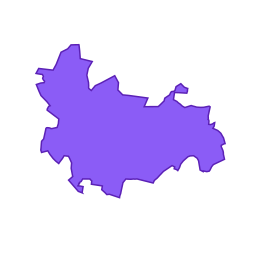 Bichi, Kano, Nigeria (orthographic projection), rotated 11°
{"feature_id": "59680162B73114171000075", "entity_name": "Bichi", "entity_type": "district", "adm_level": 2, "iso_a3": "NGA", "parent_name": "Nigeria", "parent_adm1": "Kano", "projection": "orthographic", "projection_center": [8.292, 12.285], "detail": "fine", "context": "isolated", "style": "filled", "palette": "violet", "viewbox_px": 256, "rotation_deg": 11, "n_neighbors": 0, "source": "geoboundaries", "source_scale": "gbopen_adm2", "svg_char_len": 2798}
<svg xmlns="http://www.w3.org/2000/svg" viewBox="0 0 256 256"><g transform="rotate(11 128 128)"><path d="M228.7,140.3L226.7,135.7L226.2,133.6L225.4,131.9L223.0,128.4L222.9,127.2L225.2,125.3L226.3,124.8L223.6,119.4L222.3,118.0L220.2,115.5L218.3,114.3L216.5,113.3L211.4,112.1L212.2,109.9L212.1,106.1L211.5,106.4L211.3,106.8L210.1,107.9L209.7,108.2L208.0,109.0L207.3,108.9L206.5,109.0L206.2,106.0L205.8,104.8L205.0,104.4L205.0,103.2L204.4,100.9L204.6,91.6L203.5,91.1L198.4,93.2L195.4,93.9L191.4,94.4L189.5,94.2L187.6,94.1L185.7,93.9L179.8,97.1L179.2,96.8L177.2,96.2L174.7,94.6L172.6,93.7L170.9,92.6L167.2,91.5L166.9,84.3L171.3,83.6L177.5,82.8L178.0,82.7L178.3,82.7L178.7,82.6L179.0,82.6L179.0,82.4L179.1,82.2L179.1,81.9L179.2,81.4L179.3,81.0L179.3,80.6L179.3,80.4L179.3,80.2L179.2,80.0L179.2,79.7L179.1,79.4L179.1,78.7L179.1,78.2L179.1,77.8L178.2,77.8L178.0,77.7L177.6,77.6L175.8,77.3L175.0,76.9L171.4,74.4L167.3,78.2L167.0,81.3L166.9,82.3L166.3,82.9L165.7,83.3L163.7,84.0L163.1,85.2L162.5,87.6L158.4,91.7L158.3,94.5L155.2,99.0L153.6,101.2L139.8,104.0L141.8,94.8L122.7,95.9L116.5,96.5L110.8,92.6L110.0,85.3L105.0,79.2L92.9,89.0L87.8,92.7L84.8,98.2L82.0,96.7L81.6,95.8L81.3,93.8L80.9,92.3L80.6,91.0L77.5,84.0L77.6,76.9L80.2,69.6L67.9,69.0L65.8,61.4L64.3,56.6L63.9,55.6L59.7,56.5L56.2,57.3L53.7,61.8L47.8,66.4L45.4,79.2L43.4,85.5L29.0,86.6L27.3,92.0L29.8,92.0L33.8,91.8L35.1,93.5L34.7,95.4L35.1,96.1L35.6,96.8L36.4,97.4L37.2,98.0L37.0,99.5L33.8,100.5L29.7,102.8L33.5,108.7L36.4,112.8L43.3,117.6L47.3,121.0L46.0,121.9L45.1,124.8L45.2,125.9L58.3,132.3L58.8,137.1L58.3,141.0L53.6,143.0L52.8,143.2L52.5,143.3L51.8,143.0L51.1,142.9L49.1,143.0L47.9,143.4L47.5,144.2L47.5,145.2L47.5,146.6L47.3,154.8L45.7,157.5L45.8,158.7L46.0,160.6L46.4,163.9L46.6,166.3L47.8,168.5L53.6,165.7L56.4,168.8L60.4,172.3L63.4,174.3L66.8,176.1L67.5,174.4L69.4,170.6L70.6,167.4L74.9,167.1L75.9,168.2L79.3,173.0L79.9,178.4L83.0,186.2L79.6,190.5L91.3,199.7L95.5,200.4L95.3,200.2L95.1,194.1L93.2,194.1L92.3,194.1L89.9,194.3L90.3,193.1L90.6,192.3L90.8,192.0L90.4,191.9L90.8,190.7L92.2,189.5L93.2,186.7L100.3,185.3L100.7,185.6L100.8,185.8L102.3,186.7L102.5,186.8L102.8,190.2L112.5,189.8L113.9,189.8L114.0,193.6L117.7,195.8L119.9,197.4L122.4,196.6L133.0,198.0L132.9,196.1L133.3,193.9L133.3,190.8L133.5,182.6L135.6,178.5L140.5,177.8L143.2,177.0L144.5,176.9L146.6,176.3L163.2,177.2L163.9,174.4L166.2,171.6L167.9,168.8L171.1,163.8L178.4,156.5L181.3,157.3L181.1,158.6L181.1,159.2L182.7,159.4L183.7,159.6L185.0,160.3L185.5,158.8L186.1,157.1L186.5,154.3L186.7,153.3L188.4,150.0L189.4,148.6L192.3,144.8L194.2,143.6L197.6,142.7L201.4,144.3L202.3,145.2L203.5,146.7L206.8,155.5L210.1,156.5L210.1,155.8L213.7,155.8L215.9,154.9L216.5,153.7L216.9,152.2L217.5,150.0L218.8,147.6L228.7,140.3Z" fill="#8b5cf6" stroke="#5b21b6" stroke-width="1.5"/></g></svg>